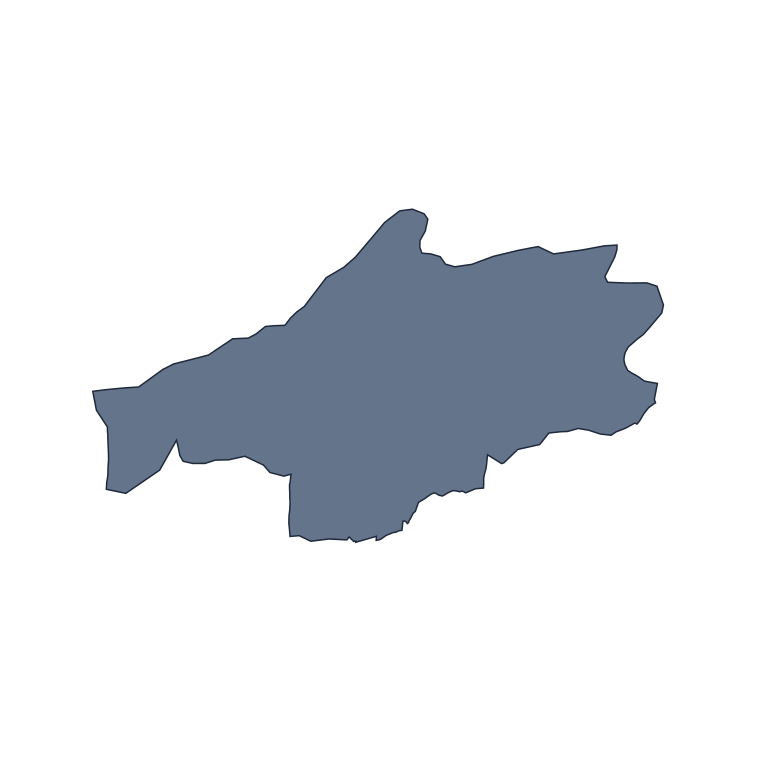 Ikwo, Ebonyi, Nigeria (Equal Earth projection), rotated 217°
{"feature_id": "59680162B29308605862653", "entity_name": "Ikwo", "entity_type": "district", "adm_level": 2, "iso_a3": "NGA", "parent_name": "Nigeria", "parent_adm1": "Ebonyi", "projection": "equal_earth", "projection_center": [8.17, 6.1], "detail": "fine", "context": "isolated", "style": "filled", "palette": "slate", "viewbox_px": 768, "rotation_deg": 217, "n_neighbors": 0, "source": "geoboundaries", "source_scale": "gbopen_adm2", "svg_char_len": 2943}
<svg xmlns="http://www.w3.org/2000/svg" viewBox="0 0 768 768"><g transform="rotate(217 384 384)"><path d="M296.1,254.4L293.8,257.0L292.9,258.9L291.1,264.5L288.4,268.9L287.6,270.5L285.1,273.1L283.9,275.6L281.6,277.9L284.6,283.0L285.9,285.0L286.2,286.1L284.6,287.1L283.4,287.2L281.4,286.6L281.0,288.1L281.7,289.8L281.8,292.1L282.8,297.3L282.9,298.8L282.3,301.0L285.2,310.1L282.3,317.5L280.3,324.0L278.7,326.8L277.4,327.7L276.0,328.0L273.3,328.2L270.8,329.3L270.0,329.7L269.4,330.7L267.8,334.7L266.5,337.5L264.9,340.1L263.4,341.3L262.4,341.8L260.3,342.8L258.8,343.4L257.0,345.6L255.6,345.9L253.3,346.2L249.5,352.7L248.0,355.3L241.9,360.8L244.9,365.1L247.6,368.6L249.5,372.4L251.6,377.7L253.3,380.9L255.6,384.6L258.7,389.8L242.2,391.2L240.8,393.2L237.8,412.1L237.4,412.7L223.2,429.4L223.2,429.8L222.8,444.1L214.7,451.7L213.8,452.5L208.8,456.6L202.2,465.3L192.9,470.2L187.1,472.2L181.2,474.2L176.8,476.8L171.8,479.7L169.9,485.3L164.4,494.3L160.2,503.7L157.8,504.3L157.6,508.2L158.3,514.0L158.6,517.0L158.5,522.0L158.4,524.3L157.6,527.1L157.1,528.6L156.7,530.2L155.8,532.3L156.9,533.2L157.9,533.6L159.1,534.9L161.1,539.0L166.0,549.0L175.0,544.4L177.9,543.0L184.8,542.9L186.9,542.7L192.3,541.9L197.6,541.5L203.5,544.6L207.0,547.7L208.9,551.0L210.3,554.3L211.2,560.7L208.9,571.6L206.7,579.6L205.9,589.8L204.9,607.9L207.5,613.4L208.4,615.3L224.9,626.4L225.1,626.3L235.0,622.9L250.8,610.8L265.8,600.4L266.6,599.8L272.3,602.7L273.5,609.8L274.8,616.9L276.1,624.1L278.7,631.2L281.5,635.2L291.3,626.8L304.1,612.8L307.6,609.1L326.9,589.9L343.6,586.5L349.7,579.9L350.0,579.5L357.3,571.4L373.6,551.6L379.4,542.5L385.8,532.5L398.0,520.2L407.1,516.7L410.7,517.9L415.7,519.5L424.9,516.1L432.5,511.3L437.6,514.7L441.6,520.2L443.1,531.1L448.2,542.0L454.3,544.1L466.5,540.7L475.6,531.8L479.3,518.6L480.7,513.3L481.7,494.2L483.2,468.2L486.3,453.1L494.1,434.3L494.2,419.3L494.2,418.5L494.3,406.9L494.3,398.0L497.0,389.1L498.4,380.2L498.4,371.3L502.8,367.7L507.0,364.3L513.3,358.6L514.8,352.8L516.4,346.7L520.1,338.9L532.1,329.0L541.6,301.6L547.6,293.9L559.4,279.2L564.1,273.4L567.9,265.5L569.3,262.8L578.2,233.9L588.1,225.4L594.0,220.1L596.9,217.4L602.8,212.0L612.2,202.9L597.9,190.0L579.0,183.2L576.4,179.8L574.0,177.2L571.2,173.6L566.9,168.4L564.3,165.2L561.6,161.9L558.2,157.5L556.8,155.3L553.7,150.6L549.5,144.8L546.3,138.7L542.4,132.8L524.4,141.3L511.3,180.3L515.9,214.3L510.1,209.5L504.0,204.0L497.9,201.4L494.3,203.0L488.8,205.5L485.8,207.8L479.2,212.8L473.6,220.7L473.0,221.6L462.5,229.9L451.7,242.5L446.1,243.7L431.5,246.7L421.9,244.7L408.6,250.1L403.9,256.0L402.3,253.1L399.8,249.1L399.0,247.0L397.1,244.4L393.1,239.5L391.0,236.7L388.5,233.9L385.8,230.1L383.2,226.2L380.6,221.7L378.5,218.7L375.9,215.2L372.9,212.0L369.6,208.3L367.3,205.7L360.5,211.8L347.8,214.4L334.8,227.0L319.8,237.2L319.8,240.9L316.6,240.3L314.9,240.3L313.6,239.9L312.8,240.8L311.8,241.4L311.3,240.6L298.4,257.8L296.1,254.4Z" fill="#64748b" stroke="#1e293b" stroke-width="1.5"/></g></svg>